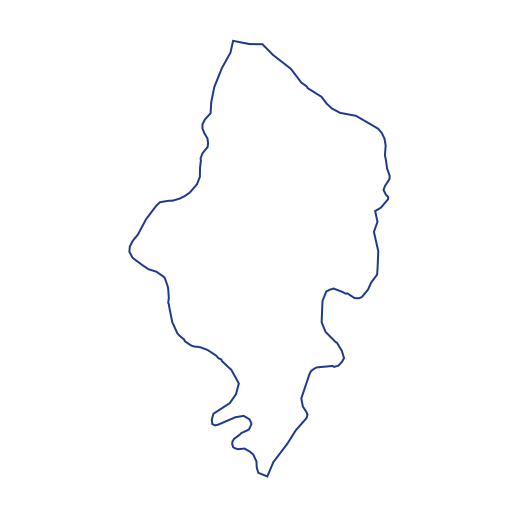 outline of Sansare, El Progreso, Guatemala, rotated 120°
{"feature_id": "79465075B35387126526580", "entity_name": "Sansare", "entity_type": "district", "adm_level": 2, "iso_a3": "GTM", "parent_name": "Guatemala", "parent_adm1": "El Progreso", "projection": "orthographic", "projection_center": [-90.08, 14.753], "detail": "fine", "context": "isolated", "style": "outline", "palette": "blue", "viewbox_px": 512, "rotation_deg": 120, "n_neighbors": 0, "source": "geoboundaries", "source_scale": "gbopen_adm2", "svg_char_len": 2092}
<svg xmlns="http://www.w3.org/2000/svg" viewBox="0 0 512 512"><g transform="rotate(120 256 256)"><path d="M211.6,141.8L205.6,144.7L190.7,152.5L176.1,166.0L165.6,167.9L157.5,175.3L151.7,172.0L140.8,170.0L138.7,171.2L138.0,174.1L135.0,178.6L130.8,179.3L122.5,178.9L119.8,180.3L114.8,186.1L108.4,191.1L104.3,194.7L95.6,198.9L90.2,203.3L86.5,208.7L84.7,213.8L84.6,239.5L90.0,254.8L90.3,264.0L88.7,271.1L85.4,278.8L84.8,295.2L83.8,296.7L83.2,303.4L76.5,319.3L73.4,341.7L69.4,356.3L75.9,368.0L81.1,383.4L92.7,379.8L110.2,379.5L130.5,376.6L145.1,371.7L155.1,366.7L163.3,368.5L168.8,368.2L172.3,366.2L175.3,362.4L178.5,356.8L182.3,353.9L185.7,352.4L194.0,353.7L199.4,352.7L200.8,351.5L207.6,348.6L215.5,344.2L223.3,343.0L234.0,345.0L239.8,347.7L244.7,351.0L249.9,356.0L252.0,359.5L257.5,366.1L262.2,367.5L279.0,369.6L296.5,369.0L304.2,370.3L310.9,370.0L315.6,367.8L319.3,361.9L320.7,350.1L321.2,342.5L319.4,334.4L320.1,326.0L320.7,324.0L321.5,323.0L326.7,317.0L328.8,315.3L335.8,310.6L340.3,308.7L341.4,307.3L342.7,306.4L355.2,295.4L357.0,292.8L362.2,285.6L363.3,282.3L364.3,276.3L365.4,275.2L365.8,269.7L365.9,267.1L365.5,265.1L364.9,263.2L363.9,261.4L362.8,258.2L361.6,251.0L362.2,240.6L363.3,237.3L362.9,234.3L364.0,233.1L366.0,224.8L366.9,220.5L375.0,207.1L385.9,204.2L396.7,205.2L400.5,207.2L413.9,214.0L419.8,212.5L423.4,209.8L423.1,206.7L421.1,204.5L406.0,193.3L400.6,186.7L400.7,180.0L403.0,176.6L404.3,175.8L409.9,175.4L416.6,180.1L418.8,180.7L425.2,183.5L428.2,183.7L430.8,182.6L432.9,180.3L433.1,178.5L432.3,175.0L428.5,169.6L428.5,163.5L429.2,159.3L433.7,152.9L438.9,149.5L442.6,145.6L441.3,136.0L425.8,137.9L402.9,135.0L387.1,134.4L371.1,131.2L367.8,132.0L365.9,134.3L363.0,140.1L356.6,145.6L331.1,150.7L328.1,150.8L324.6,149.3L322.2,147.8L319.7,144.3L313.0,134.8L313.0,133.0L309.9,129.9L304.6,128.6L300.4,128.7L295.2,134.3L290.6,142.6L290.8,143.7L287.0,157.7L280.6,166.0L261.8,175.9L251.6,177.4L248.0,175.0L245.4,172.6L243.9,163.3L243.8,159.5L242.7,158.2L243.2,149.5L240.9,145.5L238.6,143.8L229.0,142.2L221.2,143.0L211.6,141.8Z" fill="none" stroke="#1e3a8a" stroke-width="2"/></g></svg>